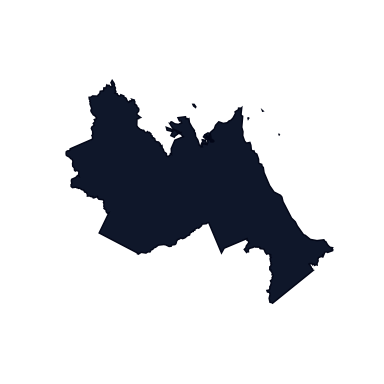 Lockhart River, Queensland, Australia, rotated 332°
{"feature_id": "25037944B30530613092043", "entity_name": "Lockhart River", "entity_type": "district", "adm_level": 2, "iso_a3": "AUS", "parent_name": "Australia", "parent_adm1": "Queensland", "projection": "orthographic", "projection_center": [143.259, -13.018], "detail": "fine", "context": "isolated", "style": "filled", "palette": "ink", "viewbox_px": 384, "rotation_deg": 332, "n_neighbors": 0, "source": "geoboundaries", "source_scale": "gbopen_adm2", "svg_char_len": 6067}
<svg xmlns="http://www.w3.org/2000/svg" viewBox="0 0 384 384"><g transform="rotate(332 192 192)"><path d="M290.0,307.2L288.1,305.8L287.5,304.6L286.9,302.2L286.8,298.6L286.1,298.1L286.0,296.1L279.5,293.6L274.2,289.4L271.7,283.5L270.4,282.0L269.0,271.4L269.2,266.9L267.6,261.8L267.8,243.2L269.0,238.7L268.6,236.5L264.4,230.5L263.5,222.8L264.7,208.7L266.5,203.7L265.9,202.6L266.5,200.3L264.7,198.4L264.6,197.4L266.2,194.2L267.0,189.0L265.7,186.9L266.0,184.7L265.1,184.6L264.1,182.8L265.9,178.4L266.4,175.4L263.0,174.4L262.3,171.8L263.2,166.1L265.3,162.7L266.3,158.2L272.2,149.1L272.3,148.7L271.5,147.9L271.7,146.5L275.5,140.9L274.8,141.1L272.5,139.8L271.6,141.1L267.7,141.4L267.2,143.1L263.0,145.9L260.2,146.9L257.8,146.7L255.7,147.4L251.8,146.1L248.6,142.6L244.1,144.2L241.3,146.8L236.0,148.1L233.9,153.8L235.3,156.8L234.9,157.7L233.5,157.6L232.1,156.6L232.4,153.7L231.8,153.2L230.0,153.9L229.3,155.7L227.6,157.3L224.7,154.9L222.8,155.0L222.4,156.8L221.8,156.2L221.3,156.4L221.5,155.6L220.4,154.3L221.5,149.0L221.2,144.8L222.5,141.6L222.3,139.6L223.0,138.8L222.4,135.0L222.3,129.5L223.7,125.8L222.5,125.8L222.3,124.9L221.1,124.6L221.6,122.5L214.5,119.8L214.3,123.4L215.6,123.9L215.3,126.1L211.7,125.9L208.8,123.7L207.0,120.5L206.0,120.3L204.7,121.4L204.5,121.2L205.0,127.5L208.8,132.4L208.3,133.3L210.1,134.2L209.2,134.6L208.8,134.0L208.0,134.2L209.4,135.7L210.3,139.1L201.2,138.2L194.0,144.0L191.8,148.7L191.7,148.1L191.0,147.9L190.4,148.9L187.6,149.6L186.5,148.0L187.4,146.0L186.1,143.3L186.7,140.7L186.2,139.6L187.3,136.8L185.8,136.5L186.5,134.9L186.0,132.3L185.4,131.6L184.7,131.6L183.5,129.6L184.1,127.4L183.3,125.9L182.5,125.7L183.1,123.5L182.4,122.4L183.1,121.4L182.3,119.3L181.4,119.2L181.1,117.8L179.6,118.1L178.5,117.2L178.3,114.8L177.2,114.4L176.8,113.5L175.9,113.0L174.5,109.5L174.4,107.4L177.4,102.2L178.1,101.6L179.4,102.2L180.0,101.8L181.6,102.1L179.7,97.8L180.4,96.5L182.8,95.6L183.8,94.2L184.1,92.8L183.2,91.9L183.7,90.1L183.4,88.4L182.5,87.9L184.0,85.2L183.8,84.2L184.2,83.7L182.7,82.2L182.8,82.7L182.3,82.9L182.0,82.5L181.4,83.1L181.0,82.8L180.5,83.2L180.0,82.4L178.3,83.2L177.5,81.0L177.8,78.3L176.4,76.0L176.9,75.2L174.8,72.7L173.8,73.7L173.0,73.2L171.9,71.7L172.1,70.1L170.3,68.4L171.9,67.7L172.3,64.7L173.2,64.3L173.2,61.6L174.0,60.8L174.2,59.3L173.9,56.0L171.7,57.5L171.8,58.8L171.0,61.6L169.4,61.0L168.8,58.8L167.5,58.4L167.1,57.5L164.8,59.7L163.1,58.7L161.4,61.1L158.3,60.0L156.7,61.9L155.1,62.1L153.6,63.0L149.3,60.5L147.4,60.9L145.6,60.1L144.9,61.9L145.0,63.7L144.2,64.2L144.3,65.4L143.3,66.3L142.7,71.1L141.1,72.4L140.7,73.6L141.1,77.7L141.9,78.6L142.6,81.8L141.8,82.4L139.7,82.2L139.7,83.7L139.1,84.5L137.0,85.1L137.2,87.1L134.0,87.6L132.9,88.7L132.8,91.8L131.8,93.6L131.9,94.4L130.1,95.1L130.1,96.6L128.9,98.6L104.9,96.7L104.9,97.2L102.9,97.9L101.2,97.2L99.8,97.5L98.7,99.3L98.3,100.8L100.4,104.0L100.5,105.4L101.6,107.0L101.1,109.5L100.0,110.6L98.8,113.2L99.4,115.6L98.5,117.5L98.8,118.7L100.5,118.9L101.8,120.8L100.2,123.3L99.7,125.3L98.7,123.7L96.2,124.6L91.7,124.3L90.7,125.5L89.8,128.2L88.7,128.7L87.9,130.4L88.5,132.0L91.9,133.3L92.3,134.2L93.2,134.6L93.3,135.4L94.5,135.7L96.0,138.4L97.3,139.5L97.2,141.5L98.6,143.0L98.4,145.3L97.7,146.5L99.6,147.3L100.9,148.9L102.4,149.3L101.9,150.5L102.4,151.1L105.5,151.5L107.0,151.2L105.9,152.1L106.4,154.7L110.0,157.1L109.8,159.4L108.9,159.7L108.8,161.1L107.3,163.6L107.5,164.8L106.6,165.2L107.7,167.9L107.0,169.1L107.3,170.9L109.1,171.2L90.8,184.6L115.4,220.5L114.9,220.9L115.5,221.7L118.8,221.4L122.7,224.3L124.9,224.1L126.8,225.2L128.9,223.8L130.2,224.2L132.2,223.4L133.9,223.7L137.3,223.1L142.4,225.1L144.0,226.3L146.2,229.3L148.1,230.1L149.4,229.3L152.2,230.4L153.5,230.1L155.7,227.8L157.4,227.3L159.0,227.6L160.4,227.2L161.8,228.8L164.2,229.1L167.5,228.4L169.6,228.8L171.3,227.1L172.5,227.3L172.8,226.8L174.6,227.4L174.9,226.5L176.6,227.0L176.9,226.2L179.7,226.1L180.8,227.0L181.5,227.0L184.5,226.2L185.8,225.1L189.8,226.7L191.4,226.4L192.4,226.9L189.4,259.7L194.0,256.7L218.6,258.9L217.9,260.5L219.0,261.6L218.4,262.8L218.6,263.8L217.4,263.8L214.7,265.1L213.3,266.6L211.2,267.2L211.8,270.9L212.3,270.7L213.8,271.3L214.7,269.2L216.6,268.8L220.0,269.6L221.2,269.3L222.0,270.3L225.6,272.3L226.0,273.0L225.5,273.7L225.7,274.1L228.3,275.8L228.7,276.5L228.4,279.9L228.8,282.0L230.3,282.0L231.9,284.2L232.0,284.6L231.0,284.8L230.6,286.1L231.2,286.8L229.6,287.6L228.7,290.6L228.9,291.3L227.9,292.5L228.1,293.3L226.6,294.4L225.6,294.6L224.2,297.2L225.1,297.9L224.6,298.7L225.0,301.3L223.9,302.5L224.4,302.7L224.4,303.9L222.4,305.4L222.3,306.1L221.6,306.9L219.6,307.2L219.4,309.4L217.4,311.6L216.4,312.0L215.3,314.0L214.1,314.8L211.9,314.1L211.7,315.7L213.3,317.0L213.0,318.9L210.2,322.1L209.1,326.0L210.4,327.0L210.9,328.0L262.1,318.1L261.7,317.8L262.3,316.7L261.7,315.5L262.0,314.4L261.5,310.5L262.6,310.5L263.3,311.3L264.3,311.4L264.4,313.0L265.9,312.8L266.4,313.6L265.9,314.3L267.6,314.5L268.2,315.2L268.9,313.7L271.1,312.0L271.1,311.1L272.8,309.3L275.8,309.6L277.0,310.8L278.1,309.9L277.5,309.4L278.0,308.6L279.1,309.1L280.7,307.7L281.6,307.5L282.7,308.0L283.3,309.0L288.6,309.8L289.2,309.2L288.6,308.4L290.0,307.2ZM202.1,135.3L203.3,134.6L208.7,133.8L207.0,132.8L206.6,130.6L205.7,129.3L203.7,128.0L203.0,126.5L199.7,122.8L199.0,125.8L203.4,129.6L199.8,132.3L202.1,135.3ZM224.5,152.8L222.9,154.0L225.2,154.7L226.5,156.2L227.5,156.2L228.1,152.9L226.2,152.2L224.5,152.8ZM231.4,149.4L232.4,150.6L233.6,150.5L234.6,149.6L234.8,148.6L233.9,147.3L231.5,147.4L231.4,149.4ZM230.2,147.4L228.0,148.7L228.4,149.9L229.7,150.2L231.2,149.8L231.1,147.7L230.2,147.4ZM232.8,150.9L233.5,154.5L232.7,156.1L234.7,156.6L233.7,153.8L234.5,151.5L234.3,150.7L232.8,150.9ZM229.0,152.0L230.0,152.8L232.1,152.0L231.3,150.9L230.1,150.7L228.8,150.8L229.0,152.0ZM235.4,118.5L235.0,115.6L233.9,115.0L233.8,116.8L234.8,119.0L235.4,118.5ZM225.4,151.3L226.0,151.9L227.5,152.1L225.6,150.7L225.4,151.3ZM275.9,153.9L276.8,153.4L276.7,153.1L276.1,153.0L275.9,153.9ZM292.4,153.1L292.3,153.8L292.7,153.9L292.4,153.1ZM296.1,183.1L295.9,182.1L295.7,182.3L296.1,183.1Z" fill="#0f172a" stroke="#020617" stroke-width="1.5"/></g></svg>